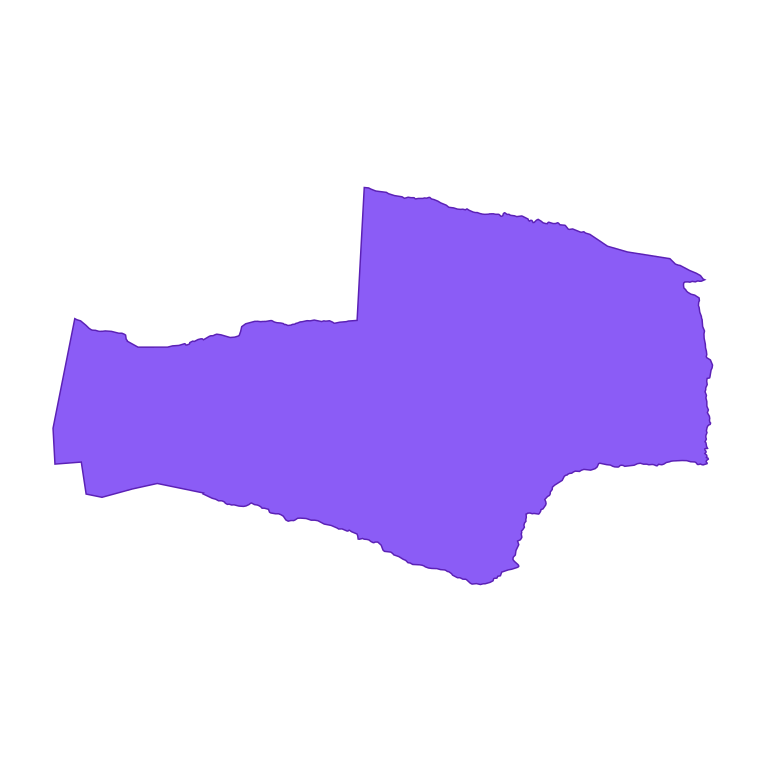 outline of Ullum, San Juan, Argentina, rotated 273°
{"feature_id": "61730980B46716169011508", "entity_name": "Ullum", "entity_type": "district", "adm_level": 2, "iso_a3": "ARG", "parent_name": "Argentina", "parent_adm1": "San Juan", "projection": "equal_earth", "projection_center": [-68.925, -31.048], "detail": "fine", "context": "isolated", "style": "filled", "palette": "violet", "viewbox_px": 768, "rotation_deg": 273, "n_neighbors": 0, "source": "geoboundaries", "source_scale": "gbopen_adm2", "svg_char_len": 6157}
<svg xmlns="http://www.w3.org/2000/svg" viewBox="0 0 768 768"><g transform="rotate(273 384 384)"><path d="M264.8,209.0L260.9,218.4L260.1,222.0L258.7,224.9L258.9,227.6L258.6,229.1L257.7,231.0L256.7,231.7L255.6,233.9L255.9,235.7L255.2,238.1L255.5,240.5L254.5,245.5L254.4,250.2L255.0,252.6L256.5,255.4L257.9,257.0L258.2,258.0L256.8,260.9L256.5,263.9L255.8,265.8L254.9,267.4L253.6,268.7L253.7,271.1L252.8,275.2L250.0,276.4L249.3,277.7L248.7,282.5L248.9,285.5L248.0,288.1L246.7,290.4L243.1,293.1L242.0,295.5L242.8,298.2L242.9,301.0L243.5,302.2L245.4,304.8L245.7,307.3L245.6,313.3L244.2,318.4L244.4,321.8L244.0,325.2L241.0,331.6L240.0,338.6L237.7,344.8L236.8,346.3L237.1,349.7L235.2,354.9L235.4,355.9L236.2,356.8L236.1,357.3L234.8,359.3L232.8,364.9L231.0,365.7L227.8,366.3L227.7,367.6L228.6,370.7L228.0,372.3L227.9,375.0L227.5,377.1L225.9,379.4L225.0,381.5L225.1,382.5L225.7,383.5L225.8,386.1L222.9,389.6L218.1,391.7L216.9,393.2L216.5,399.6L215.1,401.6L213.9,402.7L212.4,407.9L210.0,412.2L209.0,414.9L206.8,417.3L206.6,419.5L205.3,422.1L205.3,429.1L205.0,431.7L204.2,433.9L203.6,434.7L202.6,438.0L202.3,441.4L202.4,446.5L201.6,450.1L201.5,454.3L201.1,455.5L200.1,457.1L200.0,458.3L199.3,459.6L198.1,461.4L196.7,462.5L194.8,466.6L194.4,467.5L194.5,470.1L193.2,473.0L193.3,475.7L193.0,476.5L189.6,480.6L188.8,482.4L189.5,486.8L188.8,490.8L189.7,493.5L189.8,495.5L191.5,500.4L193.2,503.2L195.3,503.7L195.7,504.2L196.0,506.6L196.4,507.2L197.9,507.6L198.6,510.3L202.3,511.4L204.9,517.9L205.7,521.2L207.4,525.7L208.0,527.2L208.9,528.1L209.9,527.9L210.8,527.1L213.7,523.5L215.4,522.0L217.1,522.0L218.0,522.3L220.1,524.1L224.6,524.5L230.6,527.0L234.1,525.6L235.6,528.4L237.6,529.5L238.3,529.7L241.5,528.9L242.6,529.3L244.5,529.0L245.6,530.1L248.3,531.7L250.4,531.1L252.8,531.7L254.2,532.9L256.2,532.7L258.3,533.1L261.5,532.7L261.8,533.5L262.5,534.2L262.8,536.5L262.2,538.8L262.6,540.6L262.2,545.2L262.7,545.8L264.9,547.0L266.8,547.4L267.6,549.3L271.6,551.8L273.1,552.1L274.9,551.7L277.1,550.6L280.3,553.3L281.3,554.9L282.2,555.5L283.4,555.8L284.8,555.7L287.4,557.5L289.8,557.6L291.9,559.7L297.1,567.0L301.3,568.9L302.3,570.2L302.8,571.8L303.5,572.3L304.4,573.9L304.8,576.2L306.1,577.8L307.0,579.6L306.9,583.8L308.2,585.6L309.2,588.1L308.8,594.9L310.5,599.3L312.3,601.2L315.7,602.5L316.2,603.7L315.1,610.6L314.9,614.4L313.8,616.7L313.3,618.8L313.3,622.0L313.5,622.7L315.0,624.1L315.3,625.2L315.2,627.0L314.4,628.7L316.0,638.1L317.7,641.3L318.3,644.1L317.5,647.4L317.7,650.5L317.2,652.7L317.7,656.1L317.5,657.8L316.6,660.2L316.7,661.2L318.2,662.4L317.9,665.2L318.0,666.0L318.7,667.7L320.4,670.1L321.3,673.4L321.9,674.6L322.3,676.7L323.2,685.8L323.3,690.4L322.4,694.3L322.4,698.4L321.9,699.6L320.1,701.2L320.1,702.6L320.7,704.0L320.1,705.6L319.9,706.9L321.3,710.7L321.9,710.9L323.1,709.8L323.7,709.8L324.6,710.2L325.9,711.8L326.4,711.7L327.0,711.3L327.4,709.8L328.7,710.3L329.9,709.9L331.4,708.0L332.8,709.2L333.6,709.1L334.7,708.1L335.9,707.7L336.5,708.5L336.4,709.9L336.6,710.5L338.5,709.4L342.1,708.6L343.1,707.6L345.8,708.8L347.9,708.1L349.7,708.2L352.3,709.1L354.1,708.4L357.4,708.9L358.8,709.4L360.0,710.4L360.7,711.8L362.1,712.2L362.9,711.4L364.9,710.9L366.7,711.1L368.9,710.6L372.3,708.4L375.1,709.3L378.7,707.6L383.4,707.3L387.0,706.2L389.5,706.6L393.1,705.0L395.0,705.6L397.0,705.5L400.3,706.8L403.8,706.1L406.5,706.4L407.1,708.8L408.0,709.1L415.0,709.9L417.2,710.8L420.1,711.1L425.1,708.7L427.2,704.9L428.2,704.4L430.3,704.8L433.8,704.2L436.9,703.2L440.6,702.8L446.5,701.3L450.7,700.9L453.7,701.3L458.1,699.2L465.0,698.3L466.3,697.7L468.1,697.4L472.2,695.6L476.9,694.7L478.8,693.9L482.2,694.0L483.7,694.6L486.4,694.2L489.0,689.7L489.8,685.8L491.6,682.4L492.9,681.0L493.8,680.5L495.7,678.4L498.6,677.9L500.5,678.0L501.6,679.1L501.9,682.1L501.7,684.2L502.6,686.4L502.3,689.6L503.4,692.0L503.1,693.7L503.3,695.6L504.9,698.8L505.5,697.2L508.8,694.4L510.9,690.2L513.4,683.2L517.9,673.5L518.1,671.7L519.0,668.7L524.1,663.0L528.6,620.2L533.3,600.0L544.2,581.8L545.3,577.3L546.5,575.6L545.8,572.8L548.7,564.3L548.1,561.1L548.2,560.0L551.8,556.8L552.0,556.1L552.2,551.4L553.8,549.8L554.1,549.0L553.2,546.8L553.1,544.4L554.2,540.1L553.8,539.3L552.7,538.8L552.7,537.1L553.3,534.4L554.7,532.6L556.5,529.3L555.6,527.7L553.2,525.5L553.0,524.5L555.0,523.2L555.2,522.1L554.3,520.7L555.1,519.7L556.3,519.2L558.8,513.5L559.0,512.6L558.1,507.8L558.8,505.5L559.1,501.5L560.0,499.9L559.8,498.0L561.1,496.1L561.3,495.3L560.4,494.3L558.3,493.8L557.6,492.5L557.7,491.9L559.3,490.1L559.5,489.1L559.3,486.7L559.7,484.2L559.4,480.4L559.1,479.7L558.7,475.9L558.8,473.5L559.3,470.7L560.1,468.2L560.0,466.1L560.4,464.0L561.9,460.0L563.2,457.7L562.2,456.1L562.7,453.6L562.4,451.5L562.5,448.3L563.5,444.4L563.9,439.4L565.8,436.9L567.9,431.0L569.4,428.3L570.8,424.3L571.3,421.7L572.7,420.0L572.7,419.1L571.8,416.9L571.9,414.6L571.4,413.2L571.1,408.5L570.5,406.0L570.7,405.3L571.6,404.3L571.5,401.0L571.8,398.3L570.5,394.8L571.9,392.2L572.7,384.6L574.3,378.5L575.5,376.4L576.3,365.7L578.0,360.6L579.0,358.4L579.2,354.0L446.1,353.8L445.0,345.1L444.3,343.1L443.4,336.6L442.1,331.6L442.2,330.8L443.1,329.4L444.3,326.3L443.7,322.6L443.9,320.6L443.1,318.5L444.2,311.0L443.2,306.9L443.2,303.8L441.9,299.0L441.6,297.0L440.1,293.9L440.1,293.1L439.1,291.7L438.7,289.3L438.0,288.2L437.4,285.0L438.3,282.6L438.2,281.5L439.1,280.2L439.5,277.7L439.6,273.9L440.1,271.4L441.4,268.7L441.4,267.5L440.3,262.7L440.1,259.6L439.8,257.7L440.0,254.6L439.8,251.6L436.9,242.7L433.8,238.9L429.1,238.1L425.0,236.9L424.3,236.0L423.0,232.5L422.4,227.9L424.6,218.6L425.0,214.4L424.4,212.8L423.3,210.8L423.1,208.6L422.5,207.1L418.7,201.4L419.6,200.1L419.5,198.7L418.7,196.0L416.6,192.4L416.8,190.7L415.2,187.9L414.1,187.8L413.7,187.4L412.7,185.3L412.6,184.1L413.5,183.6L413.8,182.7L411.8,177.2L411.0,170.8L409.5,166.0L407.9,136.5L413.3,125.4L413.9,125.4L415.2,124.2L419.3,123.4L420.1,122.1L421.0,119.6L420.8,116.6L422.3,109.1L422.4,102.8L421.9,100.1L421.7,97.2L421.8,96.0L422.5,93.1L422.5,90.0L422.9,88.7L424.2,86.5L427.1,83.2L431.2,77.7L432.1,74.0L433.1,71.8L322.5,55.8L286.8,59.6L290.2,85.8L258.5,92.3L256.1,108.3L266.0,138.2L272.8,162.8L265.7,209.5L264.8,209.0Z" fill="#8b5cf6" stroke="#5b21b6" stroke-width="1.5"/></g></svg>